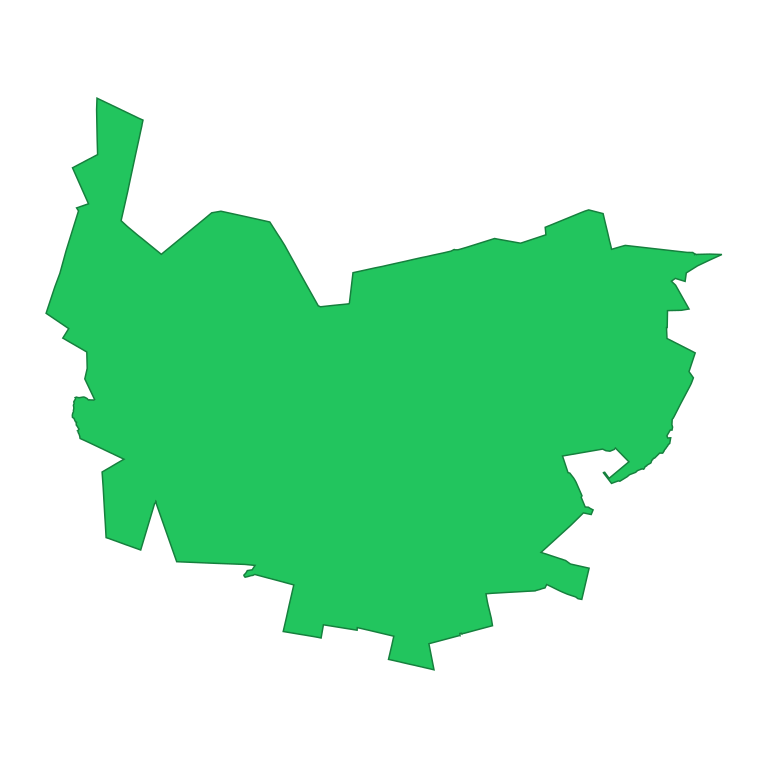 Carbó, Sonora, Mexico (Mercator projection)
{"feature_id": "50627088B75873574632093", "entity_name": "Carbó", "entity_type": "district", "adm_level": 2, "iso_a3": "MEX", "parent_name": "Mexico", "parent_adm1": "Sonora", "projection": "mercator", "projection_center": [-111.077, 29.739], "detail": "fine", "context": "isolated", "style": "filled", "palette": "green", "viewbox_px": 768, "rotation_deg": 0, "n_neighbors": 0, "source": "geoboundaries", "source_scale": "gbopen_adm2", "svg_char_len": 5661}
<svg xmlns="http://www.w3.org/2000/svg" viewBox="0 0 768 768"><path d="M721.9,254.5L709.8,254.1L697.0,254.4L696.5,254.4L696.3,254.6L695.7,254.2L695.2,254.2L694.8,254.4L694.9,253.8L694.7,253.6L694.3,253.5L693.7,253.4L693.4,253.1L693.1,252.7L692.8,252.5L687.0,252.4L625.2,245.4L620.2,246.8L611.6,249.3L610.7,245.5L610.4,244.2L610.3,243.7L609.4,240.6L609.4,240.3L607.8,233.3L605.2,222.6L603.1,213.6L588.7,209.9L584.9,211.1L580.1,213.0L574.3,215.4L561.6,220.6L545.2,227.3L545.9,234.8L520.6,243.2L506.6,240.7L497.6,239.1L494.6,238.5L466.3,247.4L459.1,249.5L458.7,249.6L457.7,249.8L455.0,249.8L454.6,249.8L454.2,249.5L451.1,251.1L443.4,252.9L432.6,255.2L427.0,256.5L421.5,257.6L413.0,259.5L406.1,261.1L394.8,263.6L385.9,265.6L382.5,266.4L374.9,267.9L364.5,270.2L353.0,272.7L349.9,299.0L349.5,302.0L349.5,302.7L349.2,303.4L348.9,303.8L348.3,303.9L347.8,303.9L347.2,304.0L345.4,304.2L341.3,304.6L333.2,305.4L322.2,306.6L320.3,306.8L319.5,306.3L318.3,305.9L304.5,281.3L302.3,277.3L301.0,275.0L299.5,272.4L299.4,272.2L294.7,263.5L286.9,249.4L284.9,245.7L280.6,238.8L277.5,234.1L269.8,222.0L265.4,221.0L245.6,216.6L220.9,211.2L218.7,211.6L211.7,212.8L204.3,219.0L176.9,241.5L161.3,254.3L147.3,242.9L141.8,238.4L138.2,235.6L128.3,227.3L126.7,225.9L121.1,220.7L127.7,191.6L129.7,182.0L135.6,154.4L139.1,138.5L140.5,131.9L141.9,125.7L142.0,124.7L143.0,120.1L138.9,118.3L105.6,102.3L97.0,98.2L96.6,109.7L97.0,130.2L97.2,140.1L97.6,154.6L87.1,160.1L72.5,167.8L88.5,203.8L76.6,207.9L78.5,210.9L66.1,250.7L62.4,264.2L59.9,273.3L54.8,287.0L47.4,309.3L46.1,313.3L68.7,328.6L62.8,338.1L86.8,352.0L87.2,368.4L85.7,375.0L85.3,376.7L84.8,378.9L94.6,399.5L94.2,399.7L93.9,400.0L93.4,400.1L92.8,400.1L92.2,399.9L91.4,400.0L90.7,399.9L89.9,400.0L89.4,399.8L88.7,400.0L88.2,399.8L87.8,399.3L87.2,398.7L86.6,398.2L85.9,397.9L84.8,397.3L83.8,397.0L82.7,397.1L81.5,397.3L81.0,397.4L80.3,397.5L79.8,397.6L78.9,397.7L77.5,397.4L76.4,397.1L75.1,397.6L75.5,398.2L75.5,398.5L75.5,398.8L75.4,399.0L75.0,399.7L74.5,400.5L74.2,401.2L74.2,401.3L74.0,401.5L73.9,401.5L73.8,401.8L73.8,402.0L74.1,403.3L74.1,403.6L73.7,404.4L73.5,404.9L73.4,405.8L73.6,406.2L73.8,407.6L73.8,408.6L73.5,409.9L73.4,410.6L73.5,411.5L73.4,412.0L72.9,412.8L72.7,413.4L72.5,414.2L72.3,415.4L72.4,415.9L72.4,417.2L72.8,417.6L73.5,418.1L73.9,418.2L74.0,418.4L74.3,418.9L74.3,419.3L75.5,421.8L76.2,422.0L76.6,422.2L76.6,422.5L76.5,422.8L76.3,422.9L76.2,423.0L76.3,425.1L76.7,425.4L77.0,425.8L77.0,426.1L77.4,426.6L77.7,427.0L78.0,427.7L78.3,428.0L78.6,428.6L79.0,429.1L78.9,429.3L78.7,429.6L78.3,430.0L77.9,430.5L77.5,430.8L77.8,431.0L78.1,431.3L78.2,432.1L78.2,432.6L78.7,433.5L79.1,434.2L79.5,435.5L79.8,436.4L79.8,436.8L80.0,437.9L80.1,438.5L82.4,439.5L84.6,440.5L88.9,442.5L100.9,448.2L103.5,449.4L103.6,449.5L124.0,459.2L115.7,464.0L110.7,467.0L105.5,470.0L102.1,472.0L103.2,487.8L104.7,514.1L105.3,523.3L106.1,537.6L107.9,538.2L124.5,544.2L125.0,544.4L140.7,550.0L154.6,503.5L155.4,502.8L155.8,502.2L155.9,501.2L156.0,501.3L156.3,503.7L158.1,508.8L176.7,561.7L215.1,563.3L244.8,564.4L255.0,565.4L252.2,569.8L247.3,570.6L246.1,572.7L244.7,574.3L244.2,574.7L244.0,575.0L243.9,575.4L244.1,575.9L244.4,576.3L245.1,577.2L245.9,577.0L246.9,576.8L248.8,576.3L250.0,575.9L251.2,575.6L251.7,575.5L252.1,575.5L252.4,575.4L252.9,575.4L253.9,574.8L254.7,574.5L254.9,574.5L255.1,574.5L255.7,574.7L293.8,584.9L289.1,605.4L286.3,618.1L283.2,631.5L300.5,634.4L303.7,634.9L314.4,636.7L318.2,637.4L321.1,638.0L323.4,624.8L357.1,630.2L357.3,627.6L362.9,628.9L366.8,629.8L368.2,630.1L393.8,636.2L392.1,643.9L392.0,644.5L391.6,646.1L388.5,659.4L390.5,659.8L410.0,664.3L415.1,665.4L417.1,665.9L430.6,669.0L434.0,669.8L428.9,643.7L459.3,635.6L459.6,635.6L460.0,635.7L459.8,633.5L461.3,633.3L461.3,633.8L461.9,634.1L462.0,633.7L464.6,633.2L470.9,631.5L476.0,630.1L492.5,625.7L491.3,618.4L489.0,608.8L488.2,605.6L487.3,601.5L486.3,595.7L486.0,593.8L491.8,593.3L495.1,593.1L497.2,593.0L507.2,592.4L509.0,592.3L520.1,591.7L526.6,591.3L535.1,590.9L535.3,590.7L535.5,590.7L536.0,590.5L540.3,589.3L541.9,588.7L545.0,587.9L546.7,584.5L552.3,587.2L554.9,588.5L559.4,590.7L562.0,591.9L567.2,594.1L571.6,595.6L575.6,596.9L578.0,598.7L581.8,599.4L587.1,576.7L589.1,568.2L570.4,564.0L565.6,560.5L541.0,552.4L571.2,524.9L583.4,512.9L590.6,514.4L591.2,514.5L593.1,509.9L590.0,508.3L588.4,507.2L585.2,507.0L581.2,497.3L582.0,495.8L576.1,482.3L575.2,480.6L573.6,478.0L569.8,473.1L568.0,472.6L562.5,456.0L602.6,449.1L605.9,450.7L610.0,451.2L614.3,449.4L615.4,448.0L628.9,461.8L609.1,478.3L604.7,472.3L604.1,472.3L603.4,472.8L609.6,480.9L611.5,483.4L618.3,480.9L619.9,481.2L627.2,476.7L629.5,474.7L632.6,473.5L635.0,472.6L635.7,472.3L637.5,470.6L640.3,469.5L641.0,469.3L641.2,469.0L641.4,469.0L641.8,469.0L642.2,468.8L642.5,468.9L643.3,469.2L643.8,469.1L644.0,468.9L644.1,468.5L644.6,467.9L645.0,466.9L645.4,466.5L645.9,466.2L646.2,466.1L646.5,466.0L646.8,465.7L646.9,465.3L648.3,464.4L650.5,463.2L650.8,463.0L651.4,461.7L651.7,460.3L652.7,459.7L653.0,459.0L653.3,458.6L653.5,458.3L653.6,458.2L654.0,458.2L654.6,458.1L659.6,453.1L662.7,453.1L664.0,451.1L663.9,451.0L664.4,450.3L664.6,449.8L664.8,449.4L665.3,449.1L665.8,448.4L666.6,447.2L667.1,446.5L667.7,445.8L668.0,445.2L668.4,444.4L668.9,444.1L669.3,443.8L669.7,443.5L670.7,437.8L667.7,438.0L666.9,435.8L670.3,430.0L672.0,430.1L672.6,427.1L671.9,424.7L672.2,419.4L673.3,418.0L674.8,415.2L680.5,404.0L689.7,386.6L691.3,383.4L693.4,377.8L689.0,371.6L695.2,352.9L673.7,341.9L667.0,338.5L666.5,327.5L667.2,327.5L667.5,310.6L681.3,310.3L683.1,310.0L689.0,309.0L675.6,285.2L671.4,281.2L675.3,278.4L685.1,281.4L686.3,272.9L697.6,265.8L709.8,260.0L721.9,254.5Z" fill="#22c55e" stroke="#15803d" stroke-width="1.5"/></svg>